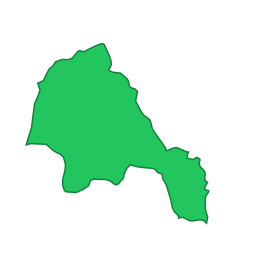 an SVG outline of Intibucá, rotated 283°
{"feature_id": "HND-648", "entity_name": "Intibucá", "entity_type": "Department", "adm_level": 1, "iso_a3": "HND", "parent_name": "Honduras", "parent_adm1": "", "projection": "orthographic", "projection_center": [-88.241, 14.258], "detail": "fine", "context": "isolated", "style": "filled", "palette": "green", "viewbox_px": 256, "rotation_deg": 283, "n_neighbors": 0, "source": "natural_earth", "source_scale": "10m", "svg_char_len": 2136}
<svg xmlns="http://www.w3.org/2000/svg" viewBox="0 0 256 256"><g transform="rotate(283 128 128)"><path d="M52.6,197.7L52.8,197.6L53.3,197.3L56.0,193.7L56.1,193.1L56.8,192.0L60.7,189.0L68.2,185.6L81.3,178.0L86.5,173.2L88.7,172.3L89.8,172.0L90.4,171.7L91.1,170.7L91.1,168.8L91.3,167.3L91.7,166.2L92.9,164.9L93.7,164.2L94.2,160.8L92.7,150.2L92.3,145.0L92.4,144.0L92.4,141.7L92.7,140.7L92.3,138.2L88.2,135.8L83.1,134.7L81.6,134.6L80.4,134.6L79.3,134.9L78.4,134.8L77.3,134.4L75.9,133.7L74.5,132.7L73.0,132.0L71.7,131.3L70.6,130.4L70.0,129.1L70.2,127.4L72.4,122.5L72.8,118.1L70.4,106.1L68.9,104.0L68.0,103.2L62.9,102.6L58.2,98.3L53.5,92.1L51.9,82.1L52.7,80.2L56.6,77.7L62.3,76.0L72.9,76.1L78.4,75.3L84.8,71.9L87.3,67.9L87.7,65.1L89.1,60.5L93.7,52.1L91.0,37.0L88.7,32.6L106.9,33.9L120.5,32.5L130.8,31.5L138.6,33.1L145.4,33.8L147.1,32.5L151.4,30.0L154.6,34.4L155.8,35.0L158.1,35.7L159.8,35.9L167.9,38.0L171.8,40.9L176.0,42.5L178.2,45.4L180.1,49.0L180.4,49.9L180.6,52.4L181.1,54.0L182.6,56.9L184.4,58.4L190.1,61.2L191.6,62.4L192.4,63.4L192.5,65.9L192.3,68.1L195.0,70.8L202.5,80.3L204.3,83.7L204.4,84.6L204.3,85.3L204.1,85.9L203.2,86.7L192.8,94.5L190.0,96.1L187.1,97.3L184.7,97.3L182.8,96.9L181.2,96.3L180.1,96.4L179.4,97.7L178.9,100.9L179.8,108.2L176.1,115.4L174.8,117.0L172.6,118.5L169.8,119.6L168.4,120.8L167.6,123.8L167.7,125.7L165.8,129.0L156.0,129.4L148.0,136.1L144.2,140.0L142.2,145.0L140.3,147.8L139.6,148.4L132.9,151.8L130.4,154.1L117.7,168.3L116.2,169.6L115.3,169.4L114.7,170.0L114.7,171.2L116.3,173.6L117.8,175.2L119.9,179.7L117.8,191.8L118.1,192.3L117.6,192.3L114.1,191.9L111.8,192.8L111.7,193.6L111.9,198.3L112.4,199.2L114.5,201.1L114.9,201.8L113.8,205.1L112.3,205.4L110.2,205.1L107.4,206.3L105.9,208.0L104.9,209.6L104.1,211.0L102.3,212.8L99.8,213.7L96.9,213.9L94.4,214.8L92.8,217.8L91.3,217.2L89.4,216.6L87.5,216.3L86.0,216.4L85.3,217.3L85.1,218.8L85.1,220.2L84.8,220.9L83.1,220.7L79.4,219.2L77.2,219.1L67.7,221.2L63.5,223.0L59.1,225.7L52.9,226.0L54.9,222.6L54.8,218.7L52.3,212.4L51.6,210.1L52.1,206.5L52.9,203.6L53.1,200.8L51.9,198.2L51.6,197.6L52.6,197.7L52.6,197.7Z" fill="#22c55e" stroke="#15803d" stroke-width="1.5"/></g></svg>